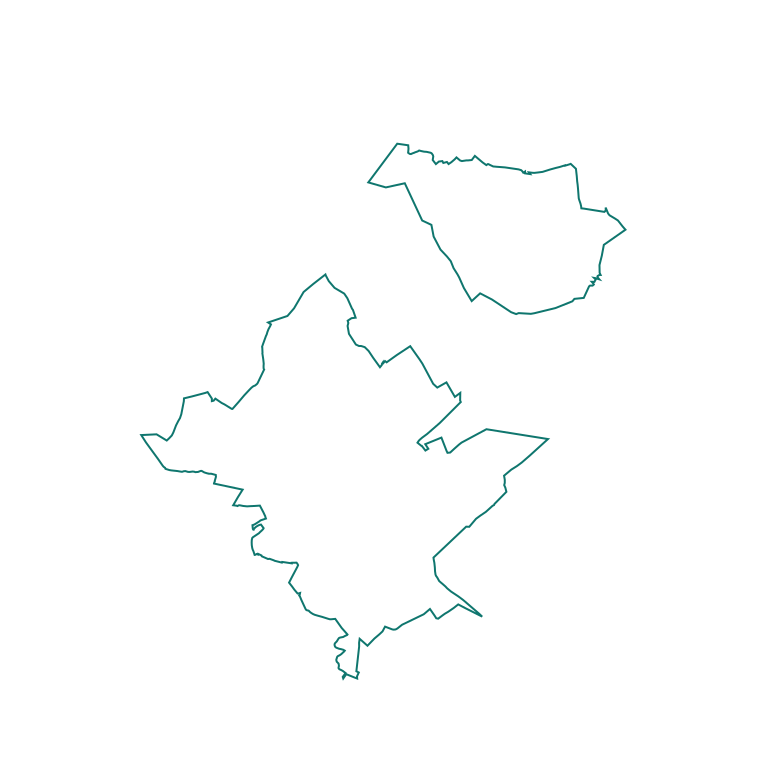 outline of Tlalnepantla de Baz, México, Mexico, rotated 297°
{"feature_id": "50627088B83704156466481", "entity_name": "Tlalnepantla de Baz", "entity_type": "district", "adm_level": 2, "iso_a3": "MEX", "parent_name": "Mexico", "parent_adm1": "México", "projection": "natural_earth1", "projection_center": [-99.176, 19.546], "detail": "fine", "context": "isolated", "style": "outline", "palette": "teal", "viewbox_px": 768, "rotation_deg": 297, "n_neighbors": 0, "source": "geoboundaries", "source_scale": "gbopen_adm2", "svg_char_len": 6155}
<svg xmlns="http://www.w3.org/2000/svg" viewBox="0 0 768 768"><g transform="rotate(297 384 384)"><path d="M409.4,555.1L390.2,495.8L367.0,479.7L364.0,478.3L358.4,476.1L353.0,474.1L351.5,471.8L352.9,470.0L362.3,459.5L349.1,448.1L346.4,452.9L343.5,451.1L346.0,445.9L345.8,445.7L346.9,440.5L348.9,440.7L350.4,441.1L353.4,442.3L359.0,445.1L374.6,451.4L402.8,460.6L403.9,459.3L410.7,456.0L404.7,453.0L413.8,438.9L405.0,433.1L406.5,427.7L419.6,408.9L422.2,404.3L429.6,390.2L415.5,382.2L404.5,376.5L404.9,374.5L402.1,373.9L402.2,373.5L402.7,373.2L401.1,373.0L400.8,373.2L399.8,373.4L397.1,372.8L402.4,362.5L406.4,355.4L408.1,350.1L407.5,346.5L406.5,344.4L406.4,341.0L412.8,330.0L419.2,325.2L422.2,324.5L423.9,322.9L427.9,325.2L430.2,328.6L435.9,322.7L436.6,321.3L443.8,312.4L446.5,307.5L447.2,296.3L450.6,288.1L454.3,282.8L455.0,282.1L441.1,275.6L429.5,270.6L410.6,269.5L400.8,267.1L386.2,252.8L385.8,256.2L384.0,256.3L380.3,256.2L377.4,256.5L374.8,257.0L373.4,257.0L364.5,258.1L361.7,258.5L361.4,258.9L356.6,261.6L356.1,261.7L351.2,265.2L347.5,267.6L345.4,268.5L343.5,269.5L342.6,270.3L343.2,270.6L327.5,271.0L326.6,270.9L324.2,269.9L322.7,268.6L320.6,267.6L317.7,266.7L310.4,264.6L301.9,262.6L293.0,260.3L292.7,259.6L293.4,251.1L293.4,248.0L294.4,240.4L291.8,239.8L290.6,238.4L292.9,237.2L296.7,230.5L294.9,228.8L285.7,218.5L280.4,212.3L277.7,213.5L265.1,217.1L261.0,217.7L257.7,217.5L252.7,217.5L245.2,218.3L241.8,218.3L238.1,217.2L235.0,216.1L235.9,204.2L228.3,190.9L223.9,198.4L218.6,208.8L214.6,216.7L210.8,223.8L210.2,225.2L209.9,227.1L209.2,227.8L209.7,230.8L209.9,231.9L210.5,233.8L212.6,239.3L213.9,243.5L214.3,244.2L215.3,245.1L216.2,246.5L216.7,249.2L217.3,250.6L219.1,253.2L219.7,254.8L219.8,255.9L221.2,258.2L223.3,260.1L223.8,261.0L223.7,262.2L223.7,263.1L223.6,263.9L224.2,267.4L224.4,267.7L224.5,268.6L225.6,270.8L226.6,275.4L225.0,276.4L220.8,277.2L220.6,277.4L218.3,277.6L218.1,277.7L225.7,306.0L216.8,305.2L207.5,304.7L208.7,308.1L208.7,308.8L210.1,309.8L210.5,310.7L211.4,313.9L212.6,317.0L212.9,317.7L214.5,320.4L216.6,324.1L219.3,328.6L214.9,334.8L213.1,337.1L212.3,338.2L211.5,338.8L210.5,339.9L206.4,335.9L205.0,335.3L200.6,332.7L199.6,332.0L198.5,330.9L196.1,332.4L195.2,333.1L194.9,333.6L195.0,334.0L195.6,333.9L197.4,334.3L198.8,334.9L200.6,336.0L201.9,337.0L202.9,338.2L200.9,342.2L200.0,342.2L198.2,341.7L195.3,340.6L194.4,340.4L188.0,336.8L187.0,336.5L185.0,337.0L182.8,338.0L180.3,339.4L178.1,341.0L176.8,342.2L175.8,343.5L173.0,346.3L173.5,347.0L174.7,347.7L174.8,348.1L174.8,349.0L175.3,348.8L175.5,348.8L175.6,352.7L175.0,353.3L175.4,360.1L176.3,361.4L176.9,366.1L176.8,366.6L178.5,374.1L179.2,374.0L179.4,374.5L182.3,383.2L182.8,382.9L185.1,387.2L184.4,388.6L183.6,389.7L181.5,389.8L169.4,389.6L163.9,389.6L161.8,394.1L160.1,397.4L158.1,402.1L158.6,403.0L159.7,404.1L158.3,404.5L157.0,404.5L156.9,405.1L154.0,408.5L148.5,415.5L147.5,416.9L147.4,418.2L147.8,419.5L147.8,419.9L147.2,421.7L147.0,422.9L146.8,425.1L146.9,427.0L147.5,430.2L148.4,434.5L149.4,440.6L149.8,442.6L150.5,443.9L152.6,447.2L151.9,448.5L147.4,457.1L146.0,460.7L144.2,465.2L143.6,465.1L143.1,464.7L141.9,463.7L140.4,462.7L140.0,462.4L138.3,460.2L137.6,459.5L137.1,459.2L135.9,459.0L133.3,458.8L130.6,458.0L129.7,458.1L128.8,458.6L127.8,459.6L127.5,460.6L127.4,461.2L127.7,464.1L128.3,466.3L128.7,468.4L128.6,470.1L127.9,470.0L124.0,468.6L123.2,468.2L121.8,467.4L121.3,466.9L120.3,466.3L119.7,466.2L119.0,466.2L118.4,466.4L116.9,466.6L116.5,466.8L115.9,467.2L115.1,468.0L114.5,469.8L114.3,470.4L112.9,471.5L112.1,471.9L110.8,472.2L110.2,472.5L109.8,473.2L109.6,473.8L109.7,475.9L109.6,477.8L109.0,481.0L104.3,480.2L103.1,481.4L108.3,482.1L109.1,491.0L109.4,493.8L111.2,492.7L115.5,492.5L115.5,489.8L138.9,481.0L142.1,479.3L145.9,478.0L143.3,488.1L152.8,491.0L158.8,493.5L162.9,495.0L168.3,495.1L169.1,502.8L169.5,504.1L170.6,505.8L172.2,506.9L177.7,509.4L196.8,523.9L197.9,524.4L204.4,527.1L200.6,534.2L199.0,536.9L199.5,538.8L204.2,541.1L206.9,542.5L210.2,544.6L215.9,547.7L221.3,550.2L221.2,557.6L221.3,577.1L222.5,573.1L227.5,552.5L228.5,546.7L229.5,538.0L230.6,533.1L231.5,530.6L232.5,526.7L232.9,524.9L233.5,522.6L235.8,519.2L236.6,517.6L237.5,516.5L240.3,514.5L243.6,512.6L247.6,510.0L249.9,508.2L251.8,506.9L294.2,522.0L295.5,524.8L305.7,527.2L310.5,529.6L316.3,532.8L324.7,536.0L326.1,537.0L327.3,536.9L343.5,542.0L346.7,539.2L348.5,537.0L350.7,536.5L353.5,535.1L356.8,532.6L365.5,536.3L371.2,539.7L376.6,542.4L387.0,546.6L409.4,555.1ZM631.1,529.1L632.7,525.1L635.9,518.2L636.3,514.5L636.7,508.6L637.1,507.4L637.8,506.1L640.9,502.5L641.8,501.3L640.1,502.5L638.4,502.6L637.4,502.2L631.0,482.4L630.1,480.1L631.9,478.9L633.8,477.3L636.9,474.1L637.9,473.2L646.1,468.2L649.4,466.1L652.3,464.1L656.7,461.4L662.9,457.3L664.9,450.4L664.0,449.6L660.8,446.3L661.1,446.1L657.1,442.0L654.7,439.2L650.6,434.7L645.0,429.0L642.4,425.2L640.3,422.0L639.4,419.9L638.4,417.1L637.4,419.0L635.7,414.0L637.3,413.2L635.5,412.2L636.4,410.5L636.8,409.1L636.3,406.4L631.9,393.4L628.8,386.0L627.4,382.5L627.3,378.9L627.3,377.2L627.1,376.7L625.5,375.8L626.2,371.2L628.5,361.4L623.4,360.5L621.4,357.4L620.5,355.7L618.0,352.2L617.7,350.4L618.8,345.7L616.3,345.0L612.2,343.3L609.3,341.7L610.4,339.3L607.9,336.5L609.1,334.8L607.1,331.9L606.1,331.5L603.5,330.4L605.7,325.7L609.1,324.6L610.1,323.7L611.0,322.1L611.2,321.5L611.2,320.5L610.2,316.6L609.2,314.2L608.5,311.6L608.0,309.3L607.4,309.0L606.5,308.4L604.3,306.3L603.8,306.0L603.5,305.6L602.0,304.3L601.1,303.6L600.7,302.4L600.9,301.0L601.0,300.5L604.8,299.0L607.7,297.2L604.1,286.7L556.5,278.5L560.0,296.4L572.3,311.4L547.0,343.8L547.3,354.0L537.9,361.3L529.4,373.3L526.2,382.2L523.7,387.8L518.8,393.4L515.0,399.8L513.0,402.7L505.8,411.6L497.7,424.5L508.4,428.5L508.3,441.8L505.7,464.7L506.3,470.0L508.3,471.8L513.2,483.0L515.3,485.8L529.5,502.3L543.2,514.3L546.3,515.0L551.4,522.9L564.1,522.4L565.2,522.9L566.4,525.2L567.9,525.8L568.6,524.7L569.4,522.7L570.1,524.1L570.5,525.1L573.2,525.2L573.9,523.0L574.3,524.3L575.0,528.3L575.8,526.3L576.8,525.3L577.4,525.4L577.9,525.8L578.5,526.1L578.9,526.4L579.5,527.5L580.9,525.7L587.8,522.0L597.3,519.8L607.8,516.7L631.1,529.1Z" fill="none" stroke="#0f766e" stroke-width="2"/></g></svg>